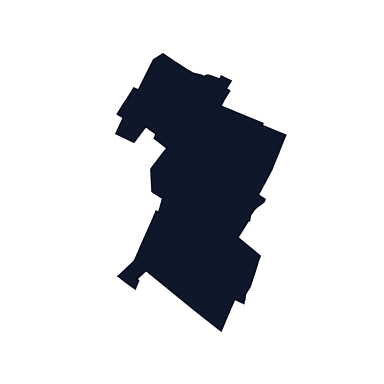 Sahateni, Buzau, Romania (Albers equal-area conic projection), rotated 54°
{"feature_id": "2599482B74966018591797", "entity_name": "Sahateni", "entity_type": "district", "adm_level": 2, "iso_a3": "ROU", "parent_name": "Romania", "parent_adm1": "Buzau", "projection": "albers", "projection_center": [26.561, 45.012], "detail": "fine", "context": "isolated", "style": "filled", "palette": "ink", "viewbox_px": 384, "rotation_deg": 54, "n_neighbors": 0, "source": "geoboundaries", "source_scale": "gbopen_adm2", "svg_char_len": 5846}
<svg xmlns="http://www.w3.org/2000/svg" viewBox="0 0 384 384"><g transform="rotate(54 192 192)"><path d="M321.5,250.1L318.7,245.4L317.2,243.0L313.3,236.5L310.6,231.9L307.8,227.3L303.8,220.5L307.6,218.4L312.7,215.5L312.3,215.2L311.9,214.9L311.5,214.7L311.2,214.4L310.5,213.0L309.5,212.1L308.8,211.4L308.6,211.2L307.8,210.4L306.3,209.3L305.5,207.4L305.1,206.6L304.5,205.0L302.9,201.0L298.7,195.0L296.6,192.2L296.4,191.8L296.1,191.4L295.7,190.8L295.3,190.2L295.1,190.0L294.7,189.4L291.9,185.7L288.6,181.3L288.0,180.6L287.4,179.9L283.9,174.5L282.5,174.8L270.4,177.9L255.8,181.7L254.7,179.0L252.2,172.6L249.3,165.7L248.4,163.4L249.1,162.3L247.1,160.5L246.8,160.1L245.1,158.4L243.6,154.0L243.5,153.9L242.7,151.0L242.5,149.3L242.5,148.2L242.4,147.7L242.4,146.7L242.4,145.8L242.4,145.5L242.3,144.3L242.4,143.5L242.5,143.2L242.4,141.6L242.3,140.6L242.1,139.2L241.9,138.5L241.3,138.0L240.7,137.2L240.4,137.3L240.1,137.5L239.9,137.6L239.3,137.8L237.9,138.3L237.6,138.5L237.3,138.6L233.4,140.0L232.9,139.5L232.9,139.4L232.5,138.6L231.4,136.1L230.7,134.8L230.1,133.5L229.5,132.3L228.0,129.1L226.4,125.7L226.2,125.6L224.0,120.9L223.5,119.8L222.7,118.3L221.1,115.0L220.7,114.2L220.1,113.2L217.6,109.3L216.4,107.3L215.3,105.6L213.6,102.8L212.0,100.2L211.1,98.6L210.8,98.4L209.9,97.0L208.4,94.5L207.5,93.2L206.8,92.0L206.3,91.3L205.6,90.0L204.9,89.0L204.0,87.6L203.5,86.7L203.4,86.6L201.9,84.1L201.7,83.7L201.0,82.7L196.3,85.7L193.0,87.7L193.0,87.8L192.9,87.8L179.2,96.2L178.8,95.4L178.2,94.3L177.9,94.5L172.3,97.9L167.0,101.2L163.2,103.6L161.4,104.6L157.1,107.3L155.3,108.4L153.9,109.3L150.9,111.1L149.3,112.0L149.0,112.2L146.8,113.6L146.3,113.9L144.0,115.3L143.4,115.7L142.2,116.5L140.8,117.3L139.6,118.1L139.1,117.5L138.2,115.8L138.1,115.5L138.0,115.2L137.9,115.0L136.7,112.8L136.4,112.2L136.1,111.5L134.7,107.9L134.1,106.5L133.0,103.8L132.3,102.0L132.2,102.0L131.5,102.3L130.3,102.9L128.6,103.6L127.8,101.6L126.7,98.9L126.3,97.7L125.1,95.0L124.7,95.2L123.7,95.8L123.3,95.9L123.0,96.2L122.1,96.7L121.4,97.1L119.8,97.9L119.2,98.2L118.5,98.6L117.8,98.9L116.9,99.4L116.0,99.8L115.6,100.0L115.4,100.2L115.6,100.6L115.9,101.1L117.2,103.2L117.1,103.4L116.8,103.5L116.4,103.7L116.0,104.0L115.6,104.2L115.1,104.5L114.7,104.8L114.2,105.1L113.5,105.5L112.8,106.0L112.5,106.2L111.4,107.0L110.4,107.6L110.0,107.9L109.8,108.1L109.5,108.3L109.2,108.5L108.9,108.7L108.1,109.2L107.5,109.7L107.3,109.9L107.1,110.2L106.9,110.4L106.7,110.5L106.6,111.2L106.4,111.5L106.0,112.1L105.9,112.3L105.9,112.5L106.1,112.8L106.6,113.3L106.5,113.5L106.2,113.7L106.0,113.8L105.2,114.4L105.1,114.5L104.9,114.6L104.7,114.8L104.3,115.0L104.0,115.2L103.5,115.6L103.4,115.7L103.1,115.8L102.8,115.9L102.7,116.0L102.3,116.4L101.8,116.8L101.3,117.2L100.5,118.0L100.4,118.0L100.0,118.4L99.9,118.5L99.7,118.7L99.5,118.8L99.1,119.1L98.7,119.5L98.3,119.8L98.0,120.2L97.3,120.7L96.2,121.5L95.7,121.7L92.5,123.1L91.6,123.5L90.2,124.2L88.5,124.9L86.7,125.5L85.0,126.2L83.1,126.9L81.5,127.5L79.4,128.3L76.2,129.6L74.1,130.3L71.1,131.4L69.2,132.1L67.6,132.7L66.4,133.1L63.3,134.3L63.1,134.3L63.1,134.9L63.0,135.9L63.0,136.7L62.9,138.4L62.8,140.6L62.7,141.4L62.6,143.1L62.5,145.1L62.5,145.5L62.8,146.0L63.8,148.0L64.1,148.6L64.9,150.2L65.5,151.3L65.8,152.0L66.8,153.8L67.1,154.4L68.2,156.6L69.2,158.4L69.6,159.3L70.1,160.2L71.1,162.2L71.3,162.6L72.5,164.8L73.0,165.8L73.6,166.9L74.4,168.5L76.1,171.6L77.0,173.3L77.3,174.0L77.8,175.1L78.0,175.4L73.6,178.0L74.1,179.2L74.8,180.7L75.4,181.9L75.6,182.4L75.8,182.6L75.9,183.2L76.0,183.6L76.2,184.0L76.4,184.6L76.7,185.3L77.0,186.0L77.2,186.5L77.7,187.9L78.5,189.8L78.8,190.5L79.2,191.4L79.2,191.6L79.5,192.6L79.8,193.6L80.0,194.2L80.4,195.2L81.6,198.1L81.9,198.7L82.4,200.0L82.8,201.0L83.1,201.8L83.5,202.8L84.2,204.5L84.5,205.3L85.1,206.7L85.7,206.4L86.5,206.1L87.1,205.8L88.3,205.3L91.5,203.8L92.1,204.9L92.7,205.9L93.3,207.1L94.0,208.3L94.5,209.3L95.0,210.0L95.4,210.9L96.1,212.1L96.5,212.8L99.9,219.0L100.0,219.2L101.5,218.5L102.7,217.8L103.8,217.2L105.7,216.1L106.4,215.8L107.0,215.4L107.8,215.0L108.5,214.6L109.2,214.2L110.2,213.7L112.4,212.5L116.2,210.5L117.6,209.7L117.6,209.4L117.1,208.1L116.8,207.0L115.9,204.3L115.7,203.6L115.4,202.3L115.0,201.1L114.5,199.7L114.3,199.1L114.1,198.2L113.6,196.9L112.9,194.3L112.5,192.9L112.3,191.5L112.2,191.1L112.3,190.7L114.3,190.1L116.4,189.5L117.9,189.0L120.4,188.1L124.0,186.9L126.3,191.0L139.2,187.2L141.7,186.5L142.4,188.5L143.2,191.6L144.5,196.1L144.9,197.3L145.6,199.7L146.1,201.2L146.8,203.6L147.1,204.6L147.8,207.0L149.0,210.9L149.3,211.8L153.9,214.8L157.4,217.1L158.5,217.8L160.7,219.2L162.8,220.6L164.4,221.6L168.0,224.0L169.6,223.6L171.0,223.1L173.0,222.2L174.5,221.6L175.7,221.1L176.2,220.9L177.8,220.3L180.0,219.4L180.0,219.5L180.8,220.5L181.1,220.9L184.1,224.8L186.5,227.7L186.5,227.8L186.9,228.3L187.5,229.0L188.0,229.6L188.5,230.1L188.8,230.4L189.0,230.6L186.4,232.3L187.6,234.1L189.4,237.4L189.5,237.5L189.7,237.4L190.8,239.5L193.2,243.5L194.7,246.2L194.8,246.4L194.9,246.5L195.0,246.6L197.5,251.0L197.9,251.7L198.0,251.8L199.3,254.2L201.8,258.6L201.9,258.8L203.0,260.7L203.3,261.2L204.7,263.6L206.0,265.8L206.5,266.6L208.3,269.6L209.0,270.7L211.7,275.4L212.6,276.9L213.4,278.3L213.6,278.9L213.9,279.9L214.2,281.6L214.6,284.2L216.8,301.3L216.9,301.2L225.8,298.6L229.9,297.3L237.1,294.9L236.8,294.5L236.5,294.0L232.3,287.3L229.9,287.7L228.5,275.3L229.5,275.0L234.2,273.8L235.3,273.5L236.6,273.1L237.1,273.0L239.9,272.3L242.9,271.4L243.3,271.3L244.7,271.0L245.7,270.7L247.1,270.3L248.2,270.0L249.6,269.7L255.9,268.0L256.4,267.9L261.0,266.7L264.0,265.9L264.8,265.7L265.4,265.5L266.4,265.3L268.7,264.7L270.2,264.3L274.4,263.1L277.4,262.4L277.5,262.3L278.4,262.1L282.5,261.0L289.1,259.2L293.5,258.0L297.9,256.8L302.5,255.5L305.8,254.5L310.3,253.3L310.6,253.2L311.3,253.0L312.0,252.8L312.4,252.6L312.7,252.6L317.1,251.3L317.3,251.3L321.5,250.1Z" fill="#0f172a" stroke="#020617" stroke-width="1.5"/></g></svg>